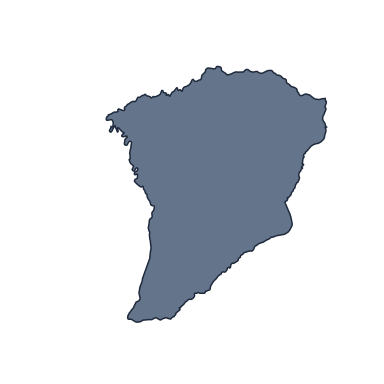 outline of El Piedrero, Cañar, Ecuador, rotated 20°
{"feature_id": "8360857B56552951365472", "entity_name": "El Piedrero", "entity_type": "district", "adm_level": 2, "iso_a3": "ECU", "parent_name": "Ecuador", "parent_adm1": "Cañar", "projection": "equal_earth", "projection_center": [-79.265, -2.388], "detail": "fine", "context": "isolated", "style": "filled", "palette": "slate", "viewbox_px": 384, "rotation_deg": 20, "n_neighbors": 0, "source": "geoboundaries", "source_scale": "gbopen_adm2", "svg_char_len": 6011}
<svg xmlns="http://www.w3.org/2000/svg" viewBox="0 0 384 384"><g transform="rotate(20 192 192)"><path d="M285.2,58.5L282.1,60.0L280.2,61.5L276.1,62.5L274.0,62.2L269.4,60.6L265.7,60.9L264.9,61.3L263.7,62.3L262.5,63.7L261.5,64.2L260.5,64.3L259.2,63.6L257.9,62.2L256.5,61.5L255.6,59.8L254.8,59.2L252.0,58.6L251.0,58.9L248.9,58.8L246.0,57.5L243.9,57.2L243.3,56.6L242.2,54.5L241.4,54.0L240.5,53.9L239.7,54.1L238.6,54.0L235.9,52.7L234.4,52.5L233.2,52.7L232.0,53.1L229.2,52.0L228.1,52.1L225.7,50.7L224.6,50.7L221.5,52.1L217.9,55.9L216.9,56.6L215.0,57.1L212.0,56.5L210.9,56.9L208.8,58.3L206.3,58.8L204.9,58.6L202.7,57.8L201.5,58.1L200.5,59.0L199.2,61.7L193.7,63.8L192.3,64.1L190.9,65.1L188.3,67.8L186.3,69.2L184.8,69.9L183.2,69.1L178.7,68.0L178.2,67.6L176.8,65.3L176.3,65.0L175.2,64.8L172.7,65.4L172.4,65.6L172.2,66.1L171.7,68.1L171.0,68.7L165.5,69.7L164.4,70.2L163.5,71.2L163.2,72.2L163.2,75.1L161.5,78.5L161.5,79.5L161.9,82.1L161.8,83.2L161.5,83.7L160.3,84.4L158.6,86.3L157.9,86.7L157.1,86.9L156.3,86.9L154.9,85.9L154.4,85.8L154.0,86.1L153.8,86.6L153.3,90.8L152.7,92.1L151.1,94.3L149.1,95.8L148.5,96.6L148.2,97.8L148.3,100.1L148.1,100.8L147.7,100.8L146.3,99.9L145.5,100.2L144.6,101.2L144.0,101.1L142.7,99.4L142.4,99.2L141.9,99.4L140.6,103.5L139.2,105.2L138.4,109.6L138.1,109.6L137.0,108.7L136.4,108.6L135.2,109.9L134.9,109.9L134.6,109.5L134.3,108.1L133.4,108.3L132.8,107.9L131.6,108.3L130.9,108.0L129.9,106.7L129.1,106.8L128.8,107.4L128.8,110.4L128.5,111.4L126.9,113.3L124.6,115.3L122.9,115.5L121.8,117.5L121.1,117.4L120.0,116.8L116.4,117.0L114.7,116.2L114.3,116.4L113.5,117.7L112.2,118.3L111.3,119.9L110.6,120.8L109.6,121.1L108.7,121.7L108.2,125.5L107.5,126.6L105.8,126.8L103.7,128.8L102.6,130.6L101.4,131.8L100.7,134.1L99.8,135.1L99.7,135.8L99.8,136.4L100.5,137.2L100.6,137.8L100.2,138.7L99.3,139.0L94.8,139.0L94.2,140.0L94.3,140.5L94.8,141.2L94.7,141.9L93.4,142.9L91.5,143.5L89.0,146.6L87.0,148.1L87.2,148.5L87.2,149.3L86.4,150.2L86.2,151.4L86.6,153.1L87.3,153.7L88.3,153.4L90.9,151.8L92.0,151.6L92.8,152.1L93.8,153.1L94.6,154.7L95.1,157.0L94.9,157.9L94.5,158.2L93.5,158.1L93.8,159.6L93.5,161.6L93.5,162.6L93.9,163.3L95.0,163.6L95.4,163.4L95.8,162.7L96.4,157.9L97.0,156.1L97.4,156.2L98.4,157.9L99.9,159.3L101.2,161.0L101.6,161.1L101.8,160.8L101.6,159.5L100.1,157.8L100.3,157.1L101.0,156.8L105.6,159.2L107.7,159.6L108.0,159.8L108.0,160.2L107.1,161.2L106.7,162.8L106.9,163.5L107.3,163.8L108.5,163.6L111.1,161.9L111.7,161.8L112.2,162.2L112.4,162.6L111.4,164.4L111.1,165.8L111.9,169.8L112.5,170.5L113.9,170.7L114.5,170.4L114.9,170.0L115.1,169.4L115.3,167.0L115.7,166.2L116.1,165.6L116.8,165.4L117.8,165.6L118.3,166.1L118.8,169.3L119.4,170.9L119.7,174.7L120.2,176.7L120.4,177.5L121.0,178.1L121.8,180.3L122.6,181.6L122.4,182.3L121.9,182.7L121.9,183.2L123.7,185.4L124.7,186.2L128.1,187.5L128.3,189.0L128.0,191.0L128.8,192.1L129.7,192.3L130.1,192.1L130.6,191.4L131.1,189.2L131.5,188.4L131.8,188.2L132.8,188.3L133.3,189.0L133.4,190.3L133.1,191.0L131.7,192.4L131.4,193.5L131.5,194.4L131.9,195.1L132.5,195.3L134.3,194.0L134.8,194.2L135.9,197.3L135.9,197.8L134.2,199.7L134.1,201.2L134.6,201.9L137.8,203.4L141.6,204.7L142.7,204.6L143.8,203.5L144.2,203.5L145.5,205.8L147.1,206.9L149.0,209.3L150.4,209.5L151.5,211.8L152.1,212.5L153.1,213.5L155.8,215.4L157.2,217.5L157.8,218.2L159.2,218.4L160.8,218.1L161.3,218.3L161.8,219.1L162.1,220.5L162.2,222.3L161.5,224.7L161.5,225.3L161.6,225.9L163.0,228.7L163.0,229.5L162.6,230.5L161.7,231.9L161.6,233.3L162.4,236.0L163.2,240.7L164.8,243.1L166.0,244.2L166.5,246.5L168.2,250.2L169.4,251.9L170.7,254.7L172.7,258.5L173.6,263.6L175.0,268.7L175.1,290.2L175.7,292.9L175.6,299.2L176.7,305.1L179.9,310.1L179.3,312.4L177.1,314.7L176.4,321.6L175.5,323.6L175.4,324.6L174.5,327.0L174.1,330.5L174.7,332.6L175.3,333.1L176.1,333.2L178.0,332.5L178.8,332.4L183.1,333.3L184.9,333.1L187.6,331.7L188.4,331.0L189.6,329.3L195.5,326.5L197.3,326.0L198.1,325.4L200.3,322.9L201.7,322.4L205.2,323.1L206.4,322.9L208.0,320.9L210.6,319.0L213.2,319.0L215.4,318.7L216.0,317.0L216.4,316.5L216.9,315.8L217.8,315.2L217.9,314.1L218.5,313.0L218.4,311.4L218.6,310.8L220.8,307.1L220.9,306.3L220.0,305.7L219.7,305.4L219.8,305.0L220.6,304.5L221.0,303.9L221.2,302.8L221.9,301.8L222.6,300.5L223.4,297.6L224.1,296.8L225.8,293.9L228.1,293.1L229.2,291.8L230.0,289.5L229.7,288.0L229.1,287.1L229.2,286.3L229.8,285.9L231.2,285.5L232.2,284.3L233.0,284.2L234.0,284.5L238.2,282.9L238.7,282.2L238.7,280.9L242.1,277.9L242.2,276.9L241.7,273.9L242.5,269.6L243.4,267.2L244.5,265.0L245.3,262.0L246.6,260.1L247.4,259.2L247.5,257.6L247.9,256.9L248.6,256.4L250.1,256.1L250.8,255.5L251.5,253.2L251.4,251.0L252.5,250.1L253.0,250.1L253.4,250.5L253.9,249.8L253.4,247.0L253.6,246.3L254.3,245.0L255.5,244.8L256.0,244.3L258.4,241.3L258.8,240.1L258.5,239.1L258.6,238.4L259.7,236.9L259.4,235.0L260.9,233.3L261.9,230.9L263.2,230.1L265.4,228.3L267.3,227.3L268.1,227.3L268.9,226.5L269.5,225.2L269.6,222.0L270.0,220.9L271.0,220.2L271.6,218.8L272.1,218.2L273.7,216.5L275.8,215.1L278.5,211.6L280.3,210.0L282.1,207.2L283.7,206.6L285.9,204.5L293.2,200.2L294.1,199.3L296.1,196.6L296.9,194.1L297.5,189.3L296.9,187.4L293.9,182.4L291.6,179.3L283.6,170.8L282.8,169.8L283.1,168.8L284.1,167.8L284.4,166.9L284.4,166.4L283.7,165.3L283.6,164.7L284.5,164.5L286.0,160.7L285.7,158.4L286.6,156.6L286.5,154.5L287.1,153.5L287.2,152.8L286.8,149.4L287.3,148.6L287.3,147.3L288.2,146.4L288.1,145.1L288.4,143.9L288.1,141.7L286.5,139.8L286.2,137.6L286.2,136.8L286.9,135.3L286.9,133.3L287.7,132.0L287.6,131.6L286.6,131.4L286.5,130.8L287.5,128.6L287.5,128.1L287.2,127.8L286.0,128.0L285.8,127.7L285.7,126.1L284.9,123.1L285.3,120.7L285.1,120.4L284.4,120.3L284.3,118.3L284.4,117.9L285.3,116.7L284.9,115.9L286.0,114.1L288.2,108.2L289.7,106.2L292.0,104.2L294.0,103.1L295.9,100.9L297.6,97.6L297.8,95.6L297.3,93.3L297.1,89.1L296.0,86.7L295.1,85.8L296.2,84.9L294.9,84.2L293.6,82.2L291.2,80.4L289.8,78.8L289.4,77.6L289.2,76.3L289.4,74.7L289.6,68.6L289.2,67.5L287.8,66.7L287.7,62.1L287.3,61.2L286.8,61.1L286.3,60.1L285.5,59.7L285.2,58.5Z" fill="#64748b" stroke="#1e293b" stroke-width="1.5"/></g></svg>